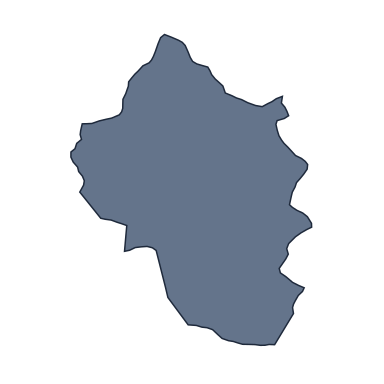 outline of Sales Oliveira, São Paulo, Brazil, rotated 265°
{"feature_id": "56859067B84294219247237", "entity_name": "Sales Oliveira", "entity_type": "district", "adm_level": 2, "iso_a3": "BRA", "parent_name": "Brazil", "parent_adm1": "São Paulo", "projection": "robinson", "projection_center": [-47.84, -20.825], "detail": "fine", "context": "isolated", "style": "filled", "palette": "slate", "viewbox_px": 384, "rotation_deg": 265, "n_neighbors": 0, "source": "geoboundaries", "source_scale": "gbopen_adm2", "svg_char_len": 1924}
<svg xmlns="http://www.w3.org/2000/svg" viewBox="0 0 384 384"><g transform="rotate(265 192 192)"><path d="M351.3,178.3L348.5,174.2L342.8,171.2L334.8,167.6L330.3,165.3L326.9,163.1L324.4,160.5L322.0,154.1L317.1,148.8L314.4,145.4L310.8,141.8L307.3,138.5L302.9,137.8L299.2,136.1L295.8,134.6L290.4,131.3L285.3,130.7L281.4,130.3L278.0,128.9L275.2,126.3L272.6,118.3L272.0,113.2L270.9,105.8L269.0,98.3L269.2,93.0L269.5,88.6L262.7,86.4L258.9,85.6L254.0,86.5L250.5,81.4L245.3,79.2L242.4,74.9L237.3,74.4L232.1,76.3L226.8,80.2L222.2,80.9L217.4,84.2L212.6,85.7L208.3,84.6L201.7,80.2L173.8,98.8L172.4,103.2L171.1,109.0L168.4,114.7L166.7,118.8L164.3,124.1L138.8,119.6L139.4,124.8L141.6,130.6L141.8,136.5L141.7,142.5L139.9,147.7L136.9,151.2L99.3,157.3L89.0,158.8L60.0,176.6L58.7,184.7L56.5,190.1L55.5,195.2L53.1,200.5L47.5,205.5L43.5,209.2L40.7,215.4L39.5,220.2L37.9,223.9L35.9,229.1L35.2,235.6L34.5,241.5L33.3,246.8L33.0,251.4L33.4,255.5L32.7,261.0L62.1,282.5L68.1,282.1L71.5,283.4L74.5,285.3L79.7,288.9L83.3,293.4L86.8,295.4L89.6,290.1L93.2,284.3L99.2,278.4L103.7,273.0L108.3,272.2L117.0,279.5L121.7,282.5L127.3,281.4L132.2,283.8L138.4,291.2L141.8,297.0L144.7,303.3L146.5,308.1L150.4,308.3L157.3,304.8L161.4,300.5L164.6,294.9L167.9,290.7L170.8,288.0L175.7,289.5L179.2,290.6L183.1,291.9L188.0,295.1L192.2,296.9L196.1,301.0L200.0,304.8L204.7,308.7L209.3,309.6L212.6,307.5L215.9,304.0L219.3,298.3L223.5,295.1L228.3,291.4L232.4,287.9L235.8,285.8L240.5,283.5L246.1,282.3L252.1,281.5L255.7,283.0L257.2,290.4L259.6,294.9L264.1,293.6L268.4,291.9L272.8,288.8L279.4,290.4L277.6,284.1L275.0,279.5L273.5,275.4L270.9,269.4L272.6,262.9L276.1,255.3L279.7,249.5L281.8,244.5L284.3,240.4L287.7,233.8L294.9,232.0L298.1,229.1L302.5,225.0L307.2,221.8L311.1,220.5L315.1,218.6L317.3,212.7L319.2,207.9L322.0,204.0L326.2,202.0L331.8,200.3L338.5,198.0L341.9,195.4L344.3,191.9L347.9,185.2L351.3,178.3Z" fill="#64748b" stroke="#1e293b" stroke-width="1.5"/></g></svg>